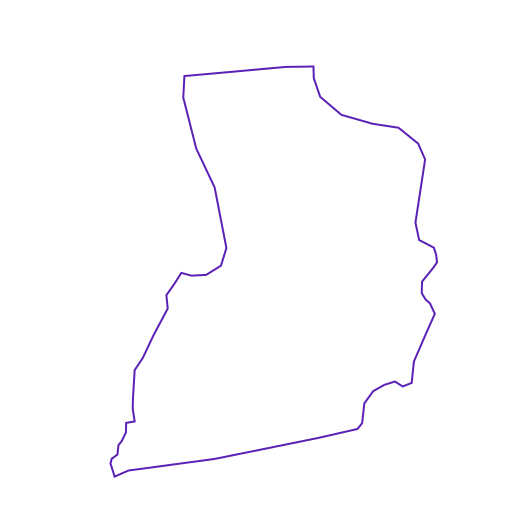 Mala, Kémo, Central African Republic, rotated 348°
{"feature_id": "33826404B24746486434253", "entity_name": "Mala", "entity_type": "district", "adm_level": 2, "iso_a3": "CAF", "parent_name": "Central African Republic", "parent_adm1": "Kémo", "projection": "robinson", "projection_center": [19.625, 6.239], "detail": "fine", "context": "isolated", "style": "outline", "palette": "violet", "viewbox_px": 512, "rotation_deg": 348, "n_neighbors": 0, "source": "geoboundaries", "source_scale": "gbopen_adm2", "svg_char_len": 882}
<svg xmlns="http://www.w3.org/2000/svg" viewBox="0 0 512 512"><g transform="rotate(348 256 256)"><path d="M351.6,82.6L324.2,77.2L319.2,76.6L223.4,65.1L217.8,85.9L219.9,138.5L229.8,180.4L228.7,242.1L219.7,258.2L203.3,264.1L188.7,261.8L179.5,257.0L169.6,267.0L160.2,275.7L158.7,289.1L139.3,312.2L124.1,332.1L113.6,342.4L105.9,370.2L103.7,379.6L102.9,392.6L94.3,392.2L92.1,401.5L86.3,409.0L82.1,412.5L79.2,421.4L72.7,424.3L70.5,428.9L71.9,442.4L86.6,439.3L173.5,445.9L277.9,446.9L319.3,446.3L325.1,441.5L331.3,422.7L342.6,412.5L354.9,408.7L365.8,407.7L372.4,414.1L381.9,412.5L388.5,392.1L404.1,370.1L418.9,349.7L416.3,338.5L412.8,333.7L410.4,326.8L413.1,315.6L426.9,304.4L431.7,299.9L432.5,292.1L431.7,284.8L418.9,274.3L418.9,256.5L441.5,196.7L438.0,179.8L422.1,160.2L397.3,150.8L368.9,135.7L351.9,113.7L349.5,94.1L351.6,82.6Z" fill="none" stroke="#5b21b6" stroke-width="2"/></g></svg>